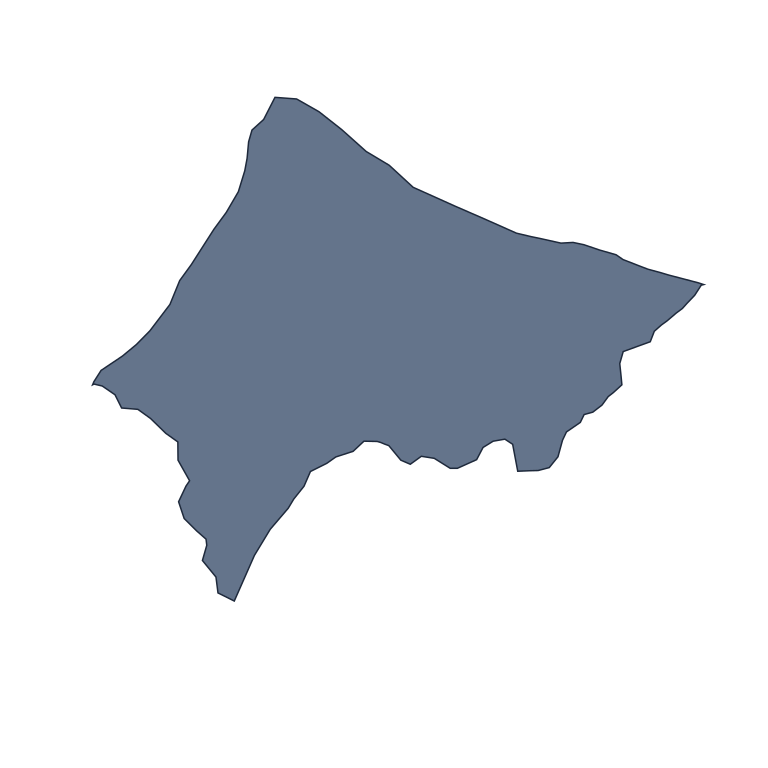 the district of Perivolia Larnakas, Larnaca, Cyprus, rotated 196°
{"feature_id": "46923920B78276374630507", "entity_name": "Perivolia Larnakas", "entity_type": "district", "adm_level": 2, "iso_a3": "CYP", "parent_name": "Cyprus", "parent_adm1": "Larnaca", "projection": "natural_earth1", "projection_center": [33.587, 34.833], "detail": "fine", "context": "isolated", "style": "filled", "palette": "slate", "viewbox_px": 768, "rotation_deg": 196, "n_neighbors": 0, "source": "geoboundaries", "source_scale": "gbopen_adm2", "svg_char_len": 1551}
<svg xmlns="http://www.w3.org/2000/svg" viewBox="0 0 768 768"><g transform="rotate(196 384 384)"><path d="M468.1,134.1L461.3,183.6L453.3,213.0L441.8,238.2L439.0,248.6L432.7,263.7L430.6,279.6L417.1,292.0L410.2,300.6L395.1,310.8L387.5,323.5L374.7,326.9L371.1,326.9L366.8,326.4L362.4,326.1L346.8,315.4L336.6,314.1L328.2,324.8L315.2,326.4L297.1,321.2L290.2,323.2L274.1,336.8L271.3,350.3L263.3,359.1L252.6,364.3L243.7,361.5L231.4,337.0L219.7,340.9L212.0,343.3L202.1,349.2L196.7,362.0L196.9,379.1L195.4,388.2L184.7,401.2L183.2,409.8L175.5,414.5L168.6,423.9L165.0,433.7L161.2,438.9L155.1,448.8L158.6,457.7L163.0,468.6L163.0,481.1L152.0,489.1L139.7,498.0L138.7,509.2L133.6,517.2L129.3,522.7L122.6,532.8L118.0,538.8L115.0,545.0L109.8,554.9L106.3,566.4L104.1,567.7L109.5,567.9L127.9,567.5L140.3,567.2L149.0,567.3L162.0,567.1L171.2,567.9L188.5,569.5L196.5,572.2L213.6,572.2L230.3,573.0L241.3,572.2L252.7,568.2L274.3,566.9L283.4,566.2L298.3,565.5L331.1,570.1L365.1,574.6L410.2,581.1L439.3,595.7L465.2,602.6L494.8,616.9L521.5,627.8L546.6,633.9L567.8,629.5L572.6,605.1L580.9,591.7L580.9,579.5L577.8,563.2L576.6,550.6L577.0,528.7L582.9,505.5L590.1,486.0L602.1,445.8L608.9,427.1L611.7,401.5L623.7,370.6L632.9,353.7L643.1,338.8L659.7,319.1L663.5,306.3L663.9,302.9L662.7,304.0L654.3,304.4L639.6,299.5L629.6,288.6L613.6,291.8L598.9,286.5L580.1,276.4L566.2,271.5L561.0,254.0L544.2,237.4L546.2,231.3L549.0,214.2L539.0,199.6L523.5,191.1L512.3,185.8L509.9,180.1L509.9,164.3L492.3,152.1L486.0,137.4L468.1,134.1Z" fill="#64748b" stroke="#1e293b" stroke-width="1.5"/></g></svg>